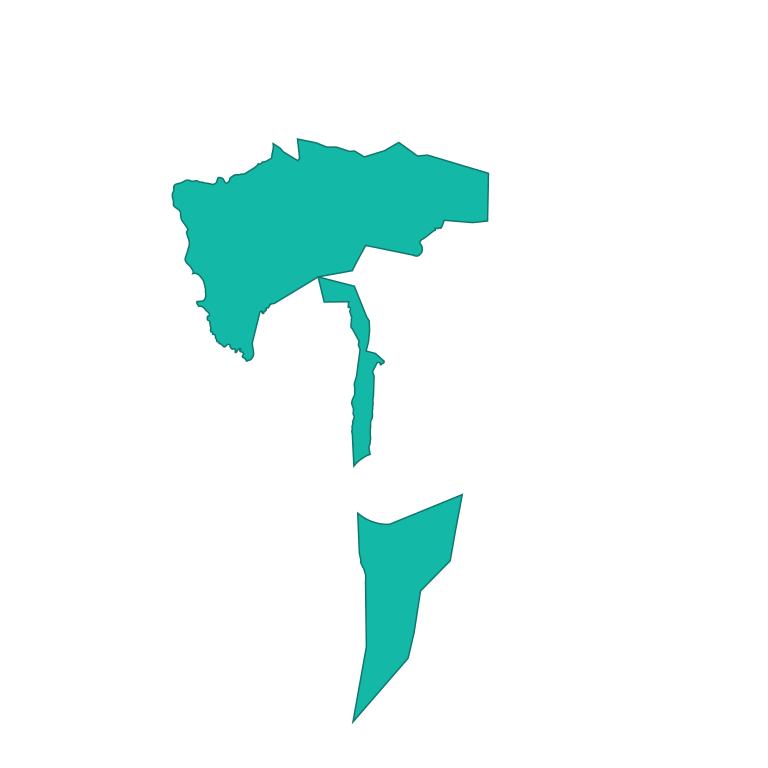 the district of Grímsnes- og Grafningshreppur, Suðurland, Iceland, rotated 150°
{"feature_id": "244011B74100778143587", "entity_name": "Grímsnes- og Grafningshreppur", "entity_type": "district", "adm_level": 2, "iso_a3": "ISL", "parent_name": "Iceland", "parent_adm1": "Suðurland", "projection": "albers", "projection_center": [-20.782, 64.303], "detail": "fine", "context": "isolated", "style": "filled", "palette": "teal", "viewbox_px": 768, "rotation_deg": 150, "n_neighbors": 0, "source": "geoboundaries", "source_scale": "gbopen_adm2", "svg_char_len": 6149}
<svg xmlns="http://www.w3.org/2000/svg" viewBox="0 0 768 768"><g transform="rotate(150 384 384)"><path d="M188.2,514.2L231.9,560.5L240.9,564.6L250.4,585.8L267.1,585.8L287.5,590.5L293.0,600.5L297.6,602.7L306.8,613.0L315.0,617.7L322.0,626.6L336.4,639.4L344.2,621.7L347.0,620.5L355.4,635.9L355.6,638.3L355.9,639.8L356.6,641.3L359.8,647.6L361.2,644.7L363.3,642.0L366.6,638.3L368.3,635.8L375.6,635.8L377.7,636.8L378.6,637.0L379.7,636.5L380.5,636.4L381.4,636.6L383.0,637.5L385.2,636.4L387.2,636.3L388.1,636.0L400.5,635.7L401.2,636.4L402.1,636.9L405.5,637.9L406.9,638.9L408.5,639.6L409.9,639.8L414.2,639.3L414.7,639.0L416.2,637.3L417.0,636.9L418.6,636.6L419.4,636.6L420.1,636.8L420.5,637.2L420.8,638.0L420.9,639.0L420.7,641.3L420.8,642.2L421.2,643.1L421.9,643.9L423.5,645.4L424.6,645.5L425.0,645.3L428.3,642.3L430.1,641.9L431.8,642.1L432.5,642.5L433.3,643.1L436.2,645.9L438.6,647.4L439.8,649.0L442.5,651.0L443.1,651.7L444.3,653.5L445.0,653.9L448.7,655.3L449.8,656.4L450.5,657.3L451.9,658.7L453.7,659.4L459.0,659.6L460.2,659.9L462.6,660.7L464.5,661.1L466.3,660.9L467.1,660.3L467.8,659.4L468.9,657.3L469.5,656.4L472.1,654.6L473.3,652.7L473.7,651.8L474.7,648.3L475.0,647.3L476.0,645.8L476.6,644.9L476.9,644.1L477.0,643.3L476.8,642.4L476.3,641.1L474.8,638.0L474.4,636.7L474.3,635.8L474.4,635.7L474.3,635.3L474.4,634.5L474.9,633.4L475.8,632.0L476.7,629.5L477.0,628.5L477.1,627.6L477.2,626.4L476.3,617.1L476.4,616.3L477.0,615.4L477.6,615.0L478.3,614.8L478.9,614.4L479.4,613.7L479.7,612.4L480.9,606.8L481.4,604.9L482.2,603.2L482.8,602.3L483.8,601.0L485.1,599.9L488.9,596.1L492.5,593.1L493.9,591.4L494.3,590.4L494.4,589.4L494.5,588.3L494.3,587.1L493.2,583.5L492.9,580.6L492.8,578.0L492.9,577.0L493.3,576.1L494.5,575.2L492.8,574.6L491.2,573.5L489.8,571.1L489.5,570.3L488.8,565.3L488.8,563.7L489.0,562.5L489.9,559.2L490.5,557.5L491.1,555.4L492.2,553.8L493.4,550.9L494.6,549.1L495.7,547.9L496.7,547.2L498.4,546.5L500.3,546.8L502.7,547.9L503.7,548.6L504.7,548.9L505.4,548.3L505.7,547.0L505.7,544.8L505.5,544.1L505.1,543.6L503.2,542.5L502.1,540.6L501.7,539.0L501.4,536.9L500.3,533.5L500.2,532.1L500.6,531.1L500.9,530.6L501.4,530.6L502.5,530.8L503.3,530.5L504.0,529.5L504.8,528.1L504.6,527.3L503.7,526.0L503.7,525.1L504.2,524.3L504.7,522.4L505.4,521.1L506.0,518.9L507.4,517.4L507.7,516.7L507.8,516.1L507.7,515.7L507.1,515.3L506.9,515.0L506.9,514.7L507.1,513.9L507.5,513.0L507.4,512.7L507.0,512.2L506.2,511.8L506.0,511.6L505.9,511.1L506.3,509.2L506.8,508.1L506.9,507.9L506.8,506.7L506.9,505.6L507.3,504.9L507.4,504.4L507.1,503.9L506.3,503.1L506.2,502.4L506.5,501.8L506.5,501.5L506.0,501.2L505.2,499.9L504.9,499.0L504.2,496.7L504.0,496.2L503.6,495.8L502.4,495.8L500.5,496.4L499.9,496.4L498.8,496.3L498.3,495.7L498.1,495.3L498.0,494.6L498.6,493.5L498.5,490.9L498.3,490.5L497.8,489.9L496.0,489.2L495.6,488.9L495.4,488.4L495.4,488.1L495.6,487.8L496.2,487.2L496.9,486.0L497.0,485.8L496.8,485.4L496.3,485.3L495.9,485.4L493.7,486.6L492.9,486.8L491.1,486.7L490.5,486.3L490.4,486.1L490.6,485.8L491.0,485.6L491.8,485.4L492.1,485.2L492.3,484.7L492.2,484.1L491.7,483.3L490.7,482.3L490.5,482.0L490.5,481.5L490.5,480.6L491.0,479.9L492.9,478.8L493.0,477.9L492.3,476.6L491.8,476.0L491.7,475.6L491.7,474.7L491.5,474.3L491.5,473.7L491.7,472.8L491.5,472.5L491.1,472.3L489.1,472.2L488.6,471.9L487.6,471.7L486.0,472.1L484.0,473.1L482.2,474.7L481.5,475.9L480.1,479.1L478.8,482.9L477.1,485.9L455.7,508.1L455.1,508.6L454.6,508.6L454.0,508.2L453.4,508.1L453.4,507.6L453.6,507.5L454.0,506.8L453.9,506.6L453.4,506.5L453.5,506.0L453.6,505.9L453.6,505.6L453.0,505.3L452.8,505.5L452.7,506.2L452.4,506.4L452.1,506.4L451.1,506.2L450.6,506.6L449.3,506.7L448.9,507.1L448.9,508.1L448.4,508.2L447.9,508.6L447.2,508.6L446.6,507.9L445.6,508.0L444.7,508.7L444.4,508.8L444.4,509.0L444.1,509.2L443.8,509.1L443.3,509.4L443.0,509.8L442.5,509.6L442.0,509.9L441.3,509.5L440.9,509.6L440.7,509.4L440.0,509.2L439.6,508.9L438.7,508.6L387.5,509.7L354.8,498.0L347.8,502.6L330.6,513.2L294.6,481.3L292.9,479.3L291.2,478.1L288.9,478.0L287.2,478.4L285.2,479.4L283.8,480.9L282.6,483.3L282.3,484.9L282.3,486.4L282.5,487.2L282.5,487.9L282.1,488.9L281.3,489.5L280.2,490.0L274.0,490.4L263.8,491.9L263.5,491.6L262.8,491.5L262.2,492.3L262.1,492.7L261.8,493.3L261.1,492.7L260.1,492.3L259.6,491.6L258.2,491.7L257.8,491.5L257.4,490.7L256.6,490.6L255.5,491.3L254.9,491.5L250.0,495.7L226.6,479.5L212.8,473.4L188.2,514.2ZM371.5,249.1L449.3,259.7L453.4,262.0L456.5,264.3L459.5,266.9L462.7,270.3L465.2,273.4L467.7,277.3L469.8,281.5L471.3,285.3L489.9,249.9L492.2,242.8L493.0,241.8L493.4,241.1L493.5,240.5L493.8,238.0L493.9,233.8L495.3,228.2L495.7,226.9L499.3,221.2L530.6,165.3L579.8,106.9L500.2,134.5L482.2,153.7L455.9,186.5L415.1,197.8L395.4,221.3L371.5,249.1ZM387.5,509.7L394.8,484.9L373.3,472.8L373.3,472.6L374.8,471.3L375.5,469.8L376.3,469.1L376.6,468.2L375.8,468.0L375.4,467.8L375.2,467.4L375.2,467.0L375.3,466.4L376.1,464.9L377.4,464.0L377.9,461.2L378.5,459.5L378.5,459.0L378.3,458.5L378.4,458.0L378.6,457.7L379.6,456.9L379.8,456.5L380.8,454.8L381.2,454.0L383.0,452.0L383.6,450.7L384.2,449.5L384.3,449.3L384.0,448.7L383.8,447.0L384.2,433.5L386.8,430.4L387.0,428.5L387.5,425.8L404.1,404.2L408.8,399.9L409.7,398.8L410.0,398.4L411.8,394.3L413.6,391.5L414.5,389.7L415.1,389.0L416.9,387.9L419.6,385.9L421.4,383.9L421.9,382.8L422.7,378.3L423.6,376.6L425.4,374.0L425.7,373.5L425.8,373.1L426.0,370.9L426.1,370.6L428.3,368.4L429.8,367.2L430.5,366.0L431.0,364.9L432.6,363.6L433.1,362.9L434.1,360.8L435.7,358.9L436.6,356.2L451.1,328.0L446.5,329.6L441.6,330.4L436.7,330.6L434.2,330.5L431.2,330.0L428.9,336.4L428.6,336.8L425.6,339.7L425.2,340.5L422.6,343.9L420.5,348.4L418.0,352.4L417.2,353.2L415.2,356.9L413.6,358.9L411.4,360.2L410.0,362.0L408.3,365.1L407.9,366.1L407.4,366.8L406.5,367.6L405.4,369.6L404.5,370.7L403.3,372.5L402.5,373.8L402.0,375.1L401.6,375.8L398.8,379.4L388.6,395.9L387.9,400.0L386.2,401.5L384.1,402.7L379.5,405.8L378.3,405.6L377.4,405.1L377.1,404.8L377.0,404.4L377.4,402.8L377.3,402.3L377.2,402.2L376.6,402.1L375.6,402.6L374.7,402.5L373.5,402.5L372.5,403.6L372.5,403.8L376.2,414.8L383.0,421.5L376.3,428.3L369.7,437.6L365.2,446.1L365.4,451.2L360.8,483.5L387.5,509.7Z" fill="#14b8a6" stroke="#0f766e" stroke-width="1.5"/></g></svg>